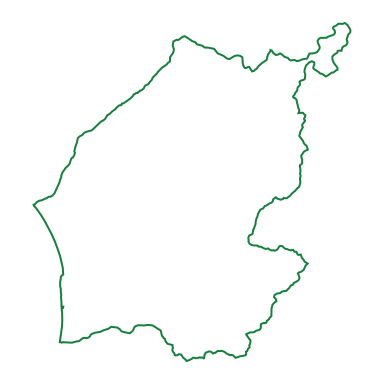 Chincha, Ica, Peru (Mercator projection)
{"feature_id": "86281439B74998142298356", "entity_name": "Chincha", "entity_type": "district", "adm_level": 2, "iso_a3": "PER", "parent_name": "Peru", "parent_adm1": "Ica", "projection": "mercator", "projection_center": [-75.886, -13.298], "detail": "fine", "context": "isolated", "style": "outline", "palette": "green", "viewbox_px": 384, "rotation_deg": 0, "n_neighbors": 0, "source": "geoboundaries", "source_scale": "gbopen_adm2", "svg_char_len": 5871}
<svg xmlns="http://www.w3.org/2000/svg" viewBox="0 0 384 384"><path d="M33.6,204.7L33.9,205.7L36.3,208.4L40.9,214.9L44.5,220.7L51.5,233.9L55.0,241.8L58.0,249.9L60.2,256.6L62.8,267.9L63.2,274.6L61.7,275.6L61.0,276.7L60.2,282.0L60.2,286.7L60.8,289.0L60.8,291.9L61.3,295.3L61.0,296.4L61.5,302.7L61.4,306.4L61.8,306.9L62.1,306.5L62.8,306.6L62.4,307.0L62.9,307.1L63.1,307.9L62.2,308.5L61.9,307.5L61.6,308.5L62.1,312.7L62.3,319.9L62.0,326.5L59.8,342.2L60.7,342.2L61.8,342.7L62.6,342.2L72.1,342.7L75.7,341.6L79.1,341.1L83.1,338.0L84.0,337.8L86.6,338.2L88.6,337.5L89.9,336.3L90.8,334.7L92.1,333.8L95.2,332.7L100.4,331.8L104.0,330.1L108.3,328.8L111.2,326.8L117.3,327.6L119.8,329.2L121.4,331.2L123.9,332.1L129.8,333.3L132.4,331.2L133.2,330.1L134.5,327.0L135.7,326.1L138.5,325.2L144.3,325.5L147.3,324.9L151.1,325.2L152.7,325.5L160.8,330.6L161.9,335.8L162.9,336.6L163.7,338.2L164.8,338.7L165.5,341.1L167.5,343.8L172.5,345.0L172.5,346.6L173.0,347.9L172.3,349.6L172.7,351.4L174.3,353.3L174.8,355.1L175.8,355.4L177.4,355.2L178.5,354.3L179.1,354.2L181.2,354.6L183.1,357.6L185.4,359.4L186.5,361.0L189.7,359.9L192.1,358.6L192.7,357.9L193.7,357.7L197.0,358.3L199.7,357.3L200.7,357.6L202.4,357.5L203.7,358.3L204.0,358.2L204.7,354.4L205.2,353.9L205.3,353.2L205.9,352.6L209.1,351.4L211.2,351.8L213.1,353.6L214.4,352.8L215.1,353.0L217.8,350.9L219.4,351.2L221.5,350.8L224.4,351.8L226.4,353.4L229.7,355.1L231.7,355.0L232.7,355.2L235.8,357.8L240.1,356.3L245.3,355.4L245.9,354.9L246.2,353.6L246.0,351.7L247.2,351.1L247.9,349.0L249.6,347.4L249.3,345.2L249.9,344.2L250.5,341.8L250.3,339.9L249.3,339.0L247.3,336.2L246.2,334.6L246.4,333.9L247.6,333.7L249.5,332.5L253.5,332.3L254.9,331.7L255.7,330.9L259.4,329.8L260.0,329.4L260.8,327.9L260.9,324.1L263.9,322.9L265.3,323.2L266.3,322.6L267.0,320.8L268.8,319.3L269.5,318.0L271.4,316.1L271.5,308.7L272.5,304.7L274.8,302.2L276.4,301.3L275.8,299.0L274.0,297.0L274.7,294.9L277.2,293.5L280.2,293.1L282.1,291.5L286.5,290.8L287.6,289.4L288.9,288.4L290.9,285.4L293.1,284.6L293.7,283.0L297.4,281.1L298.7,279.9L299.5,278.2L299.3,276.8L297.9,273.3L298.7,272.5L300.7,272.0L303.6,270.0L305.7,265.5L307.7,263.6L304.5,261.5L303.5,259.6L301.8,257.8L300.8,254.5L298.5,254.9L297.7,254.6L296.4,251.8L294.5,251.7L293.1,249.9L290.6,250.3L288.0,249.6L287.4,249.2L285.0,248.7L282.4,246.2L280.2,245.9L279.2,246.6L278.0,248.7L276.7,250.0L274.8,250.7L273.6,250.2L271.5,250.5L269.7,249.7L268.4,248.5L265.8,248.9L263.5,248.2L261.3,246.8L258.5,246.6L257.6,245.6L253.5,245.4L251.7,245.0L249.7,243.9L248.4,241.6L248.7,240.3L248.3,237.9L249.2,235.5L251.8,234.4L252.6,233.4L253.3,229.5L253.8,228.9L255.5,224.2L255.7,221.5L256.5,218.4L257.3,216.8L258.0,213.9L260.4,209.6L263.3,208.3L264.7,206.1L266.2,205.7L269.6,203.3L271.7,202.5L272.6,201.6L273.2,199.3L275.7,197.3L276.2,197.4L277.4,198.7L280.8,199.7L283.0,199.0L283.7,197.9L285.9,198.3L287.1,198.0L290.2,195.6L292.1,193.3L295.3,190.7L297.1,188.4L299.2,186.9L300.4,182.3L299.9,178.4L300.7,176.0L300.0,173.9L300.4,172.1L300.3,168.5L299.8,165.6L300.0,165.1L301.5,164.2L302.2,163.0L302.1,159.3L301.3,157.0L301.2,155.7L303.9,151.7L305.9,150.4L307.6,150.0L307.8,149.3L306.5,145.7L304.6,144.2L303.8,143.0L303.1,141.1L299.3,135.9L300.5,131.3L302.9,127.3L302.2,126.0L302.2,124.7L305.0,121.0L305.0,120.3L304.3,119.8L304.0,118.9L305.1,116.7L305.4,115.1L304.0,114.2L303.1,112.9L302.6,112.7L298.5,113.1L299.2,111.3L299.2,109.4L298.3,107.9L296.4,99.6L295.4,98.4L293.4,97.6L293.1,96.4L294.6,94.6L295.4,92.7L297.1,90.6L297.7,87.5L299.9,85.0L300.1,84.0L299.5,82.5L299.7,81.5L300.8,80.7L303.9,79.7L304.9,78.7L305.3,74.7L304.5,72.0L304.5,70.3L306.0,65.6L309.0,62.6L311.5,61.3L312.8,61.6L314.1,62.4L314.5,63.8L313.3,67.2L313.4,68.4L314.0,69.1L318.5,71.9L319.8,73.2L320.5,73.6L322.1,73.8L325.8,76.5L328.3,75.1L331.9,72.5L333.4,72.5L336.2,70.3L337.6,69.7L337.4,67.7L333.8,62.9L333.0,61.2L332.3,58.5L332.5,56.4L333.8,54.9L337.3,52.7L337.7,50.9L339.0,50.6L341.4,50.8L342.4,47.4L344.3,45.9L345.9,45.4L346.8,44.2L347.6,42.3L347.1,41.5L347.1,40.5L346.7,39.8L346.7,39.2L348.3,34.4L350.1,32.6L350.3,31.9L350.4,30.3L349.6,28.4L347.3,24.8L345.1,23.2L344.6,23.0L342.8,23.9L338.7,23.7L338.1,24.0L336.5,25.4L334.0,26.6L332.9,27.8L333.1,28.6L334.7,30.5L335.0,32.6L334.4,34.0L332.7,35.1L328.8,36.4L326.3,37.8L320.5,37.8L318.6,39.1L317.6,41.0L317.8,42.6L319.7,46.9L319.6,48.2L319.3,49.1L317.0,52.2L313.6,53.3L309.3,53.6L307.1,58.6L302.5,59.3L298.9,60.8L296.6,61.0L294.7,60.0L290.9,60.4L289.8,60.1L287.8,57.9L284.7,56.9L281.8,54.4L280.0,53.4L277.6,54.7L275.9,55.0L273.3,53.1L271.7,50.4L270.5,50.0L270.4,51.2L268.2,54.2L267.7,55.5L266.6,60.0L261.8,63.2L258.5,66.2L256.3,69.1L255.4,69.4L253.9,70.9L252.0,71.4L249.2,66.9L248.2,66.9L246.0,68.1L244.9,67.9L244.2,67.2L243.1,64.9L242.7,62.8L242.4,57.6L242.0,57.0L239.8,55.7L237.2,55.5L235.6,55.7L233.8,56.4L229.4,59.1L227.3,58.7L223.2,55.7L217.6,53.3L214.2,48.9L208.5,47.7L204.6,47.5L202.3,45.7L196.9,44.3L195.5,42.3L191.9,41.0L189.6,39.2L185.1,36.4L184.3,36.2L182.5,36.9L178.5,39.9L176.7,39.8L175.3,40.4L173.4,41.5L173.2,42.1L172.7,45.6L173.8,48.9L173.7,51.1L172.6,53.6L170.1,57.1L169.9,61.5L167.7,63.1L166.8,64.4L165.5,65.4L162.1,67.6L157.5,72.3L157.0,73.4L152.8,77.5L151.7,80.0L149.7,82.1L148.5,84.1L145.5,85.4L144.6,86.4L143.8,88.4L141.5,90.3L140.1,90.6L139.6,91.4L138.4,91.8L137.6,93.0L136.0,93.1L134.4,94.3L133.7,94.4L132.9,96.0L130.0,98.8L123.5,103.3L121.8,103.6L121.6,104.7L121.0,105.2L119.8,105.2L118.7,105.8L116.2,108.0L115.4,109.2L112.4,111.2L109.8,113.8L107.1,115.4L105.2,118.9L103.3,120.4L101.5,121.2L91.8,130.3L85.4,132.1L83.7,133.3L82.3,135.0L79.6,136.4L77.8,138.2L77.0,142.2L75.4,146.7L74.3,151.5L75.0,152.7L74.1,155.3L73.0,157.4L71.7,158.1L70.8,159.8L69.6,163.8L67.4,166.4L65.8,167.7L62.5,172.4L61.3,175.5L61.2,177.5L59.9,180.2L59.6,182.1L54.3,193.7L52.1,195.9L50.0,196.8L48.5,196.9L46.3,198.4L44.6,198.8L42.3,200.1L39.0,200.8L36.7,202.3L34.6,204.5L33.6,204.7Z" fill="none" stroke="#15803d" stroke-width="2"/></svg>